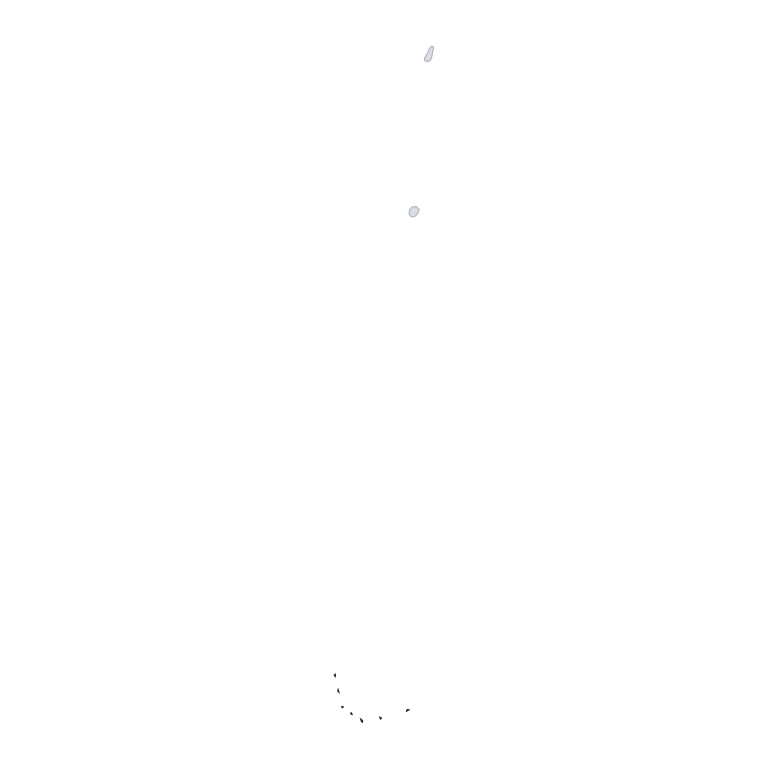 location of Gaafu Dhaalu within Maldives
{"feature_id": "MDV-5241", "entity_name": "Gaafu Dhaalu", "entity_type": "Atoll", "adm_level": 1, "iso_a3": "MDV", "parent_name": "Maldives", "parent_adm1": "", "projection": "mercator", "projection_center": [73.082, 0.355], "detail": "fine", "context": "in_parent", "style": "filled", "palette": "slate", "viewbox_px": 768, "rotation_deg": 0, "n_neighbors": 0, "source": "natural_earth", "source_scale": "10m", "svg_char_len": 1052}
<svg xmlns="http://www.w3.org/2000/svg" viewBox="0 0 768 768"><path d="M430.8,60.0L427.9,61.6L425.2,61.0L424.2,59.0L425.6,56.1L427.9,52.3L429.4,48.3L431.7,46.1L433.5,46.8L433.3,49.1L432.5,52.2L431.9,56.3L430.8,60.0ZM414.8,216.6L411.2,216.9L409.0,214.0L409.5,209.8L412.3,206.9L416.6,206.7L419.2,209.3L417.9,213.4L414.8,216.6Z" fill="#d9dde1" stroke="#a8b0b8" stroke-width="1"/><path d="M361.0,719.5L361.6,720.0L362.2,720.4L362.5,720.9L362.3,721.9L361.6,721.4L361.4,721.0L361.4,720.9L361.2,720.2L361.0,719.5ZM380.0,717.5L381.5,717.9L381.4,717.9L380.7,718.8L380.4,718.8L380.3,718.2L380.0,717.5ZM408.5,709.9L406.9,710.8L407.2,709.8L407.6,709.6L408.1,709.8L408.5,709.9ZM351.2,712.5L351.8,714.2L351.1,714.0L351.1,713.8L351.0,713.6L351.1,713.3L351.1,713.1L351.2,712.5ZM335.2,674.6L335.1,676.1L334.5,675.4L334.5,675.0L335.2,674.6ZM342.3,706.6L342.5,706.9L342.9,707.0L343.0,707.1L342.7,707.5L341.9,707.1L341.9,706.8L342.3,706.6ZM338.1,690.1L338.6,691.7L338.0,691.2L337.9,690.8L338.0,690.5L338.1,690.1Z" fill="#64748b" stroke="#1e293b" stroke-width="1.5"/></svg>